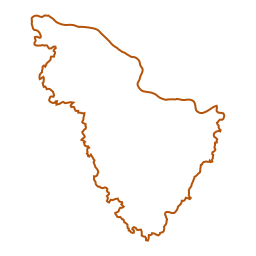 Passos, Minas Gerais, Brazil
{"feature_id": "56859067B86797639547756", "entity_name": "Passos", "entity_type": "district", "adm_level": 2, "iso_a3": "BRA", "parent_name": "Brazil", "parent_adm1": "Minas Gerais", "projection": "albers", "projection_center": [-46.64, -20.726], "detail": "fine", "context": "isolated", "style": "outline", "palette": "amber", "viewbox_px": 256, "rotation_deg": 0, "n_neighbors": 0, "source": "geoboundaries", "source_scale": "gbopen_adm2", "svg_char_len": 5709}
<svg xmlns="http://www.w3.org/2000/svg" viewBox="0 0 256 256"><path d="M216.6,105.8L214.9,106.4L213.3,107.1L208.6,110.2L206.0,111.7L202.6,113.0L200.3,113.0L198.7,112.4L197.3,111.4L196.3,110.5L195.9,109.2L195.5,107.7L195.4,105.8L195.1,104.5L194.6,102.9L193.7,101.4L192.4,100.5L190.9,99.9L189.2,99.6L187.4,99.6L184.8,100.0L183.4,100.0L182.2,99.9L180.7,99.6L178.2,99.1L177.0,98.9L175.7,99.4L173.4,99.3L170.2,99.3L167.5,99.5L166.4,99.8L164.8,99.6L161.9,98.6L160.2,97.9L158.5,96.8L157.2,95.7L156.1,94.8L155.1,94.1L152.6,93.1L151.3,92.6L149.8,92.3L148.4,92.2L145.1,91.6L143.3,91.3L141.5,90.4L140.0,89.0L139.0,87.8L138.3,86.5L137.6,85.0L137.7,83.0L139.1,80.4L139.8,78.7L140.2,76.9L140.7,75.5L142.0,72.9L142.6,71.0L142.6,69.0L141.8,67.6L140.9,66.4L140.2,64.9L139.6,61.8L138.5,59.9L137.1,58.6L135.6,57.6L134.3,57.1L131.4,56.9L126.9,54.3L125.4,53.2L123.9,52.4L122.5,52.0L118.9,49.6L117.8,48.6L116.6,47.6L115.1,46.8L114.0,46.0L112.9,45.2L111.8,44.1L110.8,43.1L109.8,41.7L107.9,39.9L107.1,39.0L102.0,34.2L100.8,33.0L98.7,30.7L97.5,29.8L96.2,29.2L94.3,28.6L92.8,28.2L91.1,28.0L89.4,27.6L85.4,27.1L83.5,27.0L81.2,26.8L80.0,26.9L78.3,26.8L76.6,26.2L75.1,25.6L73.5,25.1L71.7,24.9L69.8,24.8L66.6,25.0L65.4,25.0L62.3,24.5L60.7,24.0L59.1,23.4L57.7,22.8L56.6,22.2L55.3,21.1L53.2,18.9L51.3,17.6L50.0,16.8L48.6,15.6L46.6,15.7L45.1,15.4L43.8,15.9L42.7,16.8L41.4,17.0L39.9,16.6L38.2,15.9L37.0,15.6L34.9,15.8L33.1,16.7L31.8,17.9L31.7,19.8L32.0,21.6L31.7,23.2L31.9,24.9L32.6,26.6L33.0,28.6L34.2,29.9L35.6,30.1L37.6,30.7L39.1,32.3L39.9,33.6L40.8,36.0L40.7,37.4L39.6,37.8L38.3,37.3L37.1,36.7L34.9,37.1L35.0,38.8L35.7,40.2L35.2,41.7L34.4,42.9L34.5,44.5L35.7,45.3L37.5,45.6L40.8,45.5L42.1,45.1L43.5,45.3L44.5,45.6L45.7,45.3L47.0,45.5L47.9,46.8L48.9,48.4L51.0,48.5L52.7,47.2L54.0,46.5L55.4,46.7L55.8,48.1L54.3,49.3L53.6,50.8L54.9,51.9L55.0,53.3L54.3,54.8L53.9,56.7L52.4,56.6L51.0,56.7L50.7,57.9L50.6,59.6L49.4,61.0L47.6,62.5L46.6,63.4L46.2,64.9L45.2,66.7L44.0,65.5L42.9,66.3L42.5,67.5L42.6,68.8L42.1,70.4L41.9,72.4L41.0,73.1L39.9,74.4L39.5,76.2L39.5,77.7L39.8,79.1L41.0,78.6L42.1,77.7L43.3,76.9L43.9,78.4L43.6,82.0L42.6,83.1L43.3,85.6L43.8,86.9L45.0,86.5L46.0,87.5L46.7,89.2L48.0,88.8L49.7,89.0L53.1,91.8L53.5,93.6L54.1,95.2L53.4,96.8L51.6,96.4L50.3,96.8L49.7,98.4L49.1,100.1L49.7,101.4L50.9,102.1L52.2,102.8L53.8,102.9L54.9,102.9L55.6,101.4L57.0,101.2L56.5,103.1L56.5,104.7L57.9,104.2L59.3,104.0L60.3,103.3L61.6,102.6L63.3,101.9L65.0,103.2L68.5,102.6L70.0,102.2L71.5,102.3L73.3,102.6L71.8,103.9L70.6,105.6L71.4,107.1L73.0,106.8L74.2,107.2L74.7,109.2L75.6,110.8L77.0,110.9L78.2,110.9L78.2,112.6L79.7,112.7L81.5,112.9L83.0,113.5L84.4,113.1L84.3,114.7L83.8,116.5L83.4,117.7L83.5,119.0L83.0,120.4L82.2,122.0L83.1,123.1L84.4,123.5L85.7,124.2L85.4,125.9L86.0,127.1L85.7,128.7L84.3,129.5L83.2,131.0L82.2,132.1L82.8,133.5L83.7,134.7L84.3,135.6L84.8,136.7L84.0,137.7L82.6,138.6L81.5,139.9L83.7,140.8L85.0,141.8L83.9,142.8L84.5,144.0L84.6,145.3L86.3,146.3L88.1,146.3L89.1,147.7L87.7,148.2L87.3,149.4L87.1,150.6L87.6,152.1L86.8,153.7L88.0,154.5L88.0,156.0L89.2,156.6L90.9,154.6L91.9,156.3L92.9,157.9L93.6,159.3L94.5,160.4L93.6,162.2L94.9,165.6L95.4,167.2L96.6,168.5L97.8,170.3L98.3,172.1L97.6,173.7L97.2,175.3L95.6,176.4L94.0,176.3L94.1,177.7L93.9,179.2L94.6,180.6L95.4,181.6L95.6,182.8L95.8,184.2L96.9,185.6L98.2,186.7L99.6,186.6L100.6,187.6L102.0,188.0L103.3,188.1L104.9,187.4L106.3,187.9L107.4,189.0L106.9,190.7L107.5,191.9L108.8,192.6L109.0,194.1L108.0,195.1L106.9,196.1L107.8,197.5L107.6,199.5L106.9,200.9L107.6,201.8L109.0,202.5L110.7,199.8L112.7,200.1L114.5,199.3L116.2,198.8L117.8,198.6L118.5,200.4L119.5,201.6L122.0,202.1L122.3,203.2L121.3,204.4L122.5,205.5L123.7,206.7L122.5,207.6L121.4,207.8L120.2,207.8L119.4,209.0L118.4,211.5L115.2,213.0L115.6,214.3L116.4,215.3L117.3,216.8L118.8,217.2L120.1,216.9L121.4,218.1L122.0,219.2L123.3,219.5L124.0,220.8L124.3,222.3L125.4,222.8L126.4,223.6L127.5,224.8L127.5,226.4L127.7,228.1L128.8,228.5L128.7,230.5L130.2,231.0L131.0,232.3L132.5,232.9L133.9,232.6L134.0,231.1L133.5,230.0L132.3,229.2L132.7,228.0L134.0,227.1L135.8,228.0L136.9,229.7L138.5,230.1L139.6,229.7L141.0,229.7L141.7,231.7L141.8,235.7L143.6,236.5L145.1,236.7L146.0,238.2L146.0,240.2L147.9,240.6L148.6,238.7L148.8,235.1L150.4,235.1L151.7,234.5L152.0,233.2L153.5,233.3L155.1,233.9L156.4,234.7L158.1,235.4L159.6,234.5L160.1,232.9L162.7,232.2L163.7,231.2L164.3,228.3L164.0,226.8L164.9,225.5L165.8,224.5L166.5,222.7L166.6,220.8L167.1,219.5L166.2,217.6L165.7,215.9L165.0,214.6L165.5,212.5L166.9,211.9L168.3,212.0L169.8,212.3L171.3,212.9L173.4,213.1L174.9,212.5L176.8,210.1L177.6,208.4L178.0,206.6L179.4,205.3L180.9,203.9L181.5,202.3L181.8,200.7L183.0,200.9L184.3,200.5L185.2,199.3L185.9,197.7L187.8,198.2L189.8,199.1L190.7,198.0L189.5,197.0L188.8,195.2L189.0,193.6L189.0,192.0L188.8,190.2L189.5,188.7L190.3,187.5L191.2,186.4L191.5,185.3L191.8,183.9L192.4,182.7L193.0,181.5L193.5,179.9L194.3,178.2L194.5,176.8L195.9,176.1L196.9,175.2L197.7,174.2L198.7,173.3L199.9,172.4L200.3,170.3L200.3,168.7L200.7,166.8L200.8,164.9L201.9,164.6L202.6,163.1L203.9,161.9L205.0,161.8L206.3,161.5L207.8,161.8L209.3,161.8L209.8,160.6L210.7,162.0L212.3,161.6L212.1,159.7L212.8,158.2L212.9,156.5L213.3,155.0L212.3,154.3L212.4,152.4L213.7,151.6L214.7,150.8L215.4,149.4L214.4,147.6L214.8,146.0L215.0,144.5L215.0,142.7L216.8,142.5L216.6,140.8L217.2,139.2L216.0,138.0L214.2,136.7L213.7,135.0L214.1,133.3L215.3,132.3L216.3,131.6L218.9,130.9L220.1,131.4L220.6,130.1L219.4,129.0L218.6,127.5L218.7,125.6L217.5,124.3L216.9,122.8L218.0,121.8L218.8,120.7L220.1,119.6L222.0,119.8L223.3,119.0L223.9,117.2L224.3,115.5L223.3,113.3L221.1,112.9L219.4,112.9L217.9,112.3L216.8,111.3L216.5,109.9L216.8,108.6L217.0,107.3L216.6,105.8Z" fill="none" stroke="#b45309" stroke-width="2"/></svg>